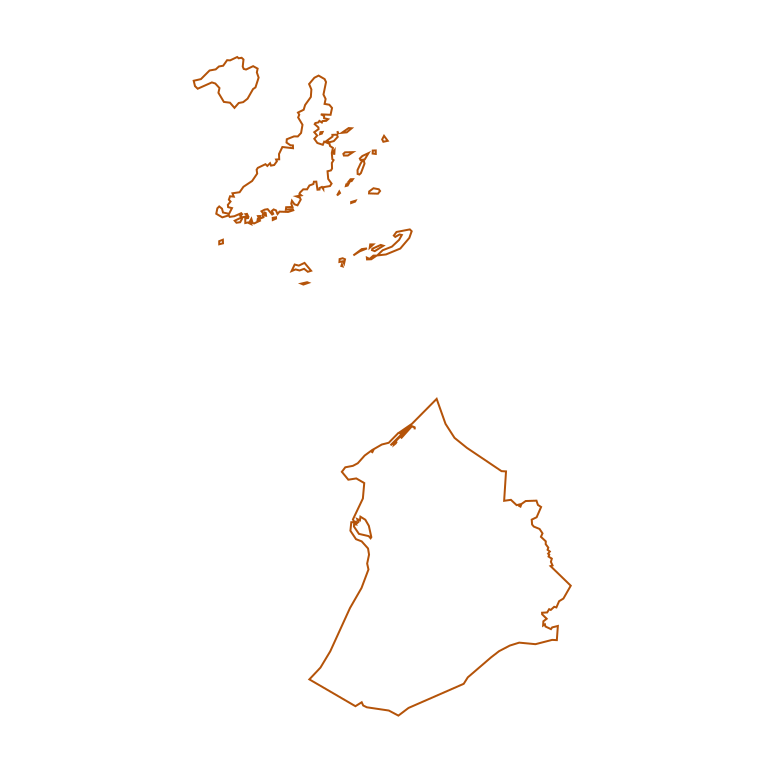 Aceh Singkil, Aceh, Indonesia, rotated 88°
{"feature_id": "22746128B17710719872214", "entity_name": "Aceh Singkil", "entity_type": "district", "adm_level": 2, "iso_a3": "IDN", "parent_name": "Indonesia", "parent_adm1": "Aceh", "projection": "mercator", "projection_center": [97.426, 2.307], "detail": "fine", "context": "isolated", "style": "outline", "palette": "amber", "viewbox_px": 768, "rotation_deg": 88, "n_neighbors": 0, "source": "geoboundaries", "source_scale": "gbopen_adm2", "svg_char_len": 6153}
<svg xmlns="http://www.w3.org/2000/svg" viewBox="0 0 768 768"><g transform="rotate(88 384 384)"><path d="M400.7,331.9L424.8,357.5L432.9,370.2L427.1,357.5L428.3,354.9L428.7,354.8L430.4,354.9L428.5,355.0L427.3,357.7L439.0,369.0L429.6,361.6L442.0,374.8L442.7,373.7L443.8,374.4L445.0,376.0L442.3,375.0L444.4,377.8L445.4,379.6L431.6,364.7L432.6,368.5L434.5,370.3L433.3,369.6L433.3,371.2L442.9,381.3L444.4,388.3L448.7,396.4L452.6,398.5L448.8,396.6L449.5,398.0L454.8,405.8L462.3,413.0L464.7,417.9L465.9,425.6L470.3,429.2L478.4,423.0L477.4,415.0L482.3,407.2L497.7,409.1L518.3,419.8L520.8,418.4L520.6,416.8L522.7,416.5L520.9,414.3L518.1,415.4L519.4,412.8L515.8,412.2L519.0,407.4L525.2,404.1L536.6,402.0L537.7,402.8L535.5,404.6L532.9,414.3L525.4,419.0L523.2,418.8L523.4,417.1L521.1,418.8L521.0,421.5L529.5,422.7L538.1,417.4L540.5,411.8L547.8,405.7L554.0,404.9L562.9,407.1L568.8,406.0L587.1,413.6L606.7,425.8L649.2,447.0L665.2,457.4L676.6,468.9L705.0,423.8L701.3,417.4L704.6,416.0L706.5,412.4L710.5,390.6L715.9,381.2L708.6,370.8L686.4,314.8L680.1,310.5L660.9,286.5L655.0,278.3L649.8,267.4L647.2,257.9L649.3,241.7L645.6,224.9L646.0,220.2L631.9,218.7L633.1,224.4L634.8,225.7L632.0,231.1L629.8,231.6L630.9,233.4L626.7,233.0L624.3,229.6L619.7,234.0L618.1,234.0L618.0,228.9L614.8,226.8L615.6,225.2L612.6,221.7L613.3,219.5L607.2,216.6L604.7,212.2L592.1,204.4L571.8,223.9L571.2,221.9L567.6,223.4L564.4,222.4L562.2,225.6L560.3,224.8L559.3,225.9L557.2,224.1L555.4,226.3L553.3,225.5L549.7,228.0L546.9,227.8L542.2,232.5L538.8,230.8L534.3,233.6L531.7,239.3L529.6,240.9L524.7,241.1L522.5,236.1L512.4,231.3L510.2,234.4L505.9,235.7L505.9,246.5L508.7,250.8L511.3,251.9L510.6,253.1L509.0,252.3L509.7,255.7L504.2,261.2L504.9,268.0L475.6,265.1L475.2,269.6L450.7,303.4L440.3,315.4L426.0,323.9L400.7,331.9ZM106.3,426.3L103.0,428.9L102.0,433.6L97.1,432.4L92.6,434.4L80.2,431.4L77.2,432.7L73.5,438.6L75.5,442.9L81.6,448.4L87.1,446.3L94.6,447.1L102.4,453.1L107.1,454.7L109.7,460.5L111.9,459.3L114.6,460.5L122.1,456.4L130.2,458.1L133.6,461.5L133.4,465.3L136.0,472.6L139.3,473.0L142.2,469.1L142.4,466.7L145.2,466.7L143.6,477.3L150.5,480.9L155.8,480.9L155.9,484.0L157.7,483.3L161.3,486.1L161.8,489.3L159.4,490.2L162.0,493.0L160.2,494.8L163.6,502.6L165.4,503.8L169.3,503.4L176.5,508.7L182.0,517.6L187.3,521.6L188.1,528.8L191.5,527.6L191.0,531.3L194.4,532.6L196.3,531.0L199.5,533.8L201.8,533.6L202.9,529.8L208.5,532.9L207.0,538.9L203.1,539.8L200.8,542.5L202.6,544.4L208.0,545.7L211.8,539.8L210.1,533.3L211.6,532.4L211.1,527.7L208.3,520.7L209.4,519.9L210.9,521.8L212.5,519.8L211.4,514.4L209.4,516.4L209.2,515.0L212.2,513.7L213.4,514.1L213.7,516.9L218.3,517.0L217.6,512.8L218.6,513.2L219.6,511.2L216.5,512.1L214.3,510.8L218.5,509.7L219.0,508.2L217.0,503.5L216.5,504.8L214.7,504.4L215.2,502.7L211.8,504.1L211.8,502.0L214.2,501.5L213.2,498.8L211.4,499.7L209.7,498.6L207.1,500.4L205.6,497.2L205.2,494.2L210.7,489.9L210.1,488.8L207.1,490.0L205.7,488.2L206.7,485.9L210.4,484.5L208.1,482.4L208.7,473.8L207.2,468.6L206.0,469.1L206.4,476.0L203.9,475.6L203.9,469.3L200.5,470.4L197.7,469.6L201.3,467.2L202.4,464.2L196.8,460.8L194.9,461.5L193.4,465.1L192.6,460.1L191.1,461.9L189.7,461.2L186.6,457.9L186.8,454.1L183.0,451.6L181.7,447.6L179.4,447.0L179.4,444.6L187.5,443.7L187.4,441.7L185.9,441.6L184.9,439.2L187.0,437.9L185.2,437.9L184.3,431.1L181.9,429.4L177.1,432.6L169.4,433.0L168.7,429.6L166.9,428.4L161.3,428.4L158.5,426.6L157.5,427.8L151.3,428.1L146.3,426.8L144.3,429.6L142.0,430.1L139.7,435.3L142.8,436.8L140.8,442.2L136.5,445.1L133.4,442.1L129.9,444.9L127.0,440.5L125.3,440.6L121.9,444.2L120.8,443.5L120.3,440.5L118.8,439.4L120.5,437.0L119.1,436.3L119.0,432.6L117.4,430.6L116.3,434.6L114.0,434.5L112.3,437.7L113.1,428.0L106.3,426.3ZM73.4,498.6L68.2,500.2L64.4,499.3L61.8,503.7L64.9,510.9L64.2,513.2L61.8,514.1L54.8,513.1L53.0,514.9L53.4,517.9L52.1,519.3L55.2,526.5L54.9,529.5L60.3,533.6L60.9,537.9L63.7,541.2L64.6,547.4L72.9,556.3L74.3,563.6L79.7,562.5L82.4,559.9L76.6,545.5L77.8,542.1L82.5,538.1L87.2,539.3L96.5,534.2L97.5,528.1L102.8,523.8L98.1,519.4L97.4,514.9L94.1,510.4L84.7,504.6L83.1,502.1L73.4,498.6ZM232.3,351.0L230.4,352.8L232.5,366.2L236.0,369.0L237.4,367.6L235.1,363.2L235.7,361.0L240.5,363.9L247.0,371.3L250.3,380.7L255.3,386.3L254.6,377.5L249.2,363.0L238.9,353.6L232.3,351.0ZM266.1,459.8L269.2,456.2L268.3,452.9L260.2,459.2L262.7,465.0L261.5,469.1L267.9,472.4L266.4,468.4L267.6,464.4L266.1,459.8ZM173.2,403.0L173.8,401.3L172.4,399.7L163.1,395.8L160.5,396.3L160.3,398.0L163.2,399.9L169.3,403.0L173.2,403.0ZM139.5,425.7L135.4,421.6L133.2,422.4L133.2,426.9L134.9,426.8L138.9,432.7L140.5,430.2L139.5,425.7ZM193.0,392.3L193.6,383.4L191.0,381.2L189.2,382.4L188.0,387.7L191.1,392.1L193.0,392.3ZM159.4,399.6L158.9,395.4L152.7,391.4L155.4,397.7L157.8,400.3L159.4,399.6ZM250.9,388.6L245.8,379.8L244.9,382.4L248.4,390.9L249.8,391.3L250.9,388.6ZM217.3,522.1L214.1,520.2L213.1,521.8L215.6,527.5L217.7,525.8L217.3,522.1ZM154.3,416.1L154.4,412.1L151.2,406.9L151.1,414.9L152.6,416.6L154.3,416.1ZM131.5,417.4L131.2,412.4L127.3,407.4L127.0,410.4L131.5,417.4ZM262.2,419.7L258.0,418.6L256.9,420.9L257.6,424.0L260.5,424.3L259.9,420.7L262.2,419.7ZM238.6,543.8L237.8,540.0L234.2,540.0L235.5,543.7L238.6,543.8ZM139.5,377.3L141.9,376.2L141.1,371.8L136.0,375.3L139.5,377.3ZM254.4,410.1L250.6,403.7L247.9,396.3L248.4,401.5L254.4,410.1ZM258.9,396.6L258.9,392.4L255.4,386.9L255.3,390.1L258.5,394.1L257.1,396.7L258.9,396.6ZM153.3,387.3L153.8,384.2L150.3,384.1L150.3,387.1L153.3,387.3ZM180.4,412.2L180.1,409.3L178.2,407.9L178.2,410.3L180.4,412.2ZM216.2,489.4L214.9,486.1L213.6,486.1L214.1,489.4L216.2,489.4ZM244.0,392.9L247.3,393.5L244.1,389.8L244.0,392.9ZM280.8,463.3L281.8,461.1L280.2,455.9L279.6,457.3L280.8,463.3ZM184.8,415.2L184.4,413.4L182.4,412.2L183.1,414.7L184.8,415.2ZM193.9,424.3L191.6,421.3L190.1,422.0L193.9,424.3ZM211.7,496.0L208.9,496.3L208.5,497.2L211.5,497.3L211.7,496.0ZM202.0,410.5L200.7,406.5L199.8,406.0L201.0,410.5L202.0,410.5ZM130.0,436.6L130.1,438.7L132.1,439.2L131.6,437.4L130.0,436.6ZM153.1,425.7L148.8,425.3L150.3,426.4L153.1,425.7ZM264.6,422.5L265.0,421.3L263.0,421.9L264.6,422.5ZM131.8,420.9L129.7,421.8L132.1,421.3L131.8,420.9Z" fill="none" stroke="#b45309" stroke-width="2"/></g></svg>